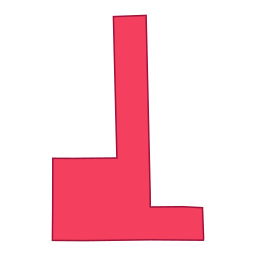 the district of Ford, Illinois, United States of America
{"feature_id": "52423323B6455374586725", "entity_name": "Ford", "entity_type": "district", "adm_level": 2, "iso_a3": "USA", "parent_name": "United States of America", "parent_adm1": "Illinois", "projection": "orthographic", "projection_center": [-88.209, 40.698], "detail": "fine", "context": "isolated", "style": "filled", "palette": "rose", "viewbox_px": 256, "rotation_deg": 0, "n_neighbors": 0, "source": "geoboundaries", "source_scale": "gbopen_adm2", "svg_char_len": 316}
<svg xmlns="http://www.w3.org/2000/svg" viewBox="0 0 256 256"><path d="M52.8,158.3L52.7,207.6L52.4,240.4L84.8,240.6L150.5,239.8L203.4,240.2L203.6,238.4L202.5,207.7L182.8,206.7L150.3,207.0L150.2,196.1L146.1,15.4L113.4,16.6L116.9,158.0L73.4,158.4L52.8,158.3Z" fill="#f43f5e" stroke="#9f1239" stroke-width="1.5"/></svg>